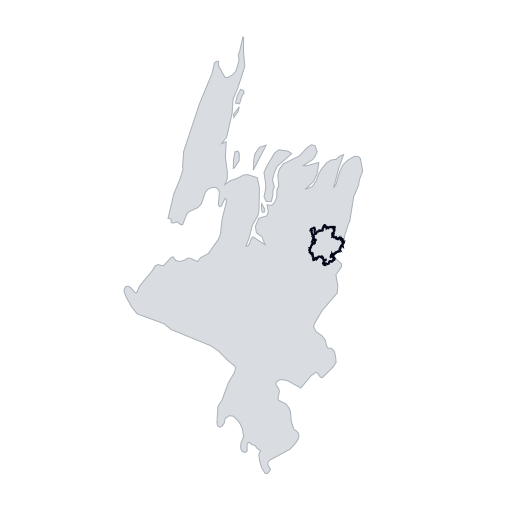 Jessore, Khulna, Bangladesh (highlighted), rotated 204°
{"feature_id": "16705992B28022870637862", "entity_name": "Jessore", "entity_type": "district", "adm_level": 2, "iso_a3": "BGD", "parent_name": "Bangladesh", "parent_adm1": "Khulna", "projection": "equal_earth", "projection_center": [89.196, 23.085], "detail": "fine", "context": "in_parent", "style": "outline", "palette": "ink", "viewbox_px": 512, "rotation_deg": 204, "n_neighbors": 0, "source": "geoboundaries", "source_scale": "gbopen_adm2", "svg_char_len": 9320}
<svg xmlns="http://www.w3.org/2000/svg" viewBox="0 0 512 512"><g transform="rotate(204 256 256)"><path d="M191.0,362.2L190.9,349.9L184.4,325.7L184.7,323.0L183.4,311.4L181.7,304.9L180.9,298.1L184.8,288.2L183.2,286.6L174.6,283.6L173.5,281.0L175.4,271.3L169.1,262.1L166.7,255.3L173.4,233.2L175.1,217.8L174.6,214.9L170.5,211.4L163.3,210.0L158.2,207.2L155.3,202.8L152.7,201.1L149.6,202.4L145.6,200.7L142.3,196.4L139.5,191.2L140.6,185.4L145.9,171.9L147.9,171.5L152.4,174.1L154.1,174.1L157.1,168.8L161.3,153.6L175.9,154.9L179.4,154.4L183.0,153.2L185.0,151.3L186.1,148.8L185.7,146.7L181.2,143.9L179.5,141.7L178.3,135.7L177.0,133.4L168.2,133.0L163.7,130.3L161.2,127.8L156.7,119.5L151.2,113.4L146.0,111.9L144.0,109.9L142.9,106.8L143.5,102.2L146.2,93.5L160.7,74.7L161.1,72.6L160.5,70.2L156.3,67.2L156.0,65.7L157.2,61.7L159.6,61.3L164.6,64.8L169.6,70.6L172.6,75.8L172.7,79.9L176.7,80.7L180.0,82.5L183.4,82.0L185.6,83.0L187.1,82.6L187.6,80.3L184.8,74.3L186.2,71.9L189.5,72.0L191.9,74.2L193.6,78.8L193.9,85.8L197.8,92.3L203.0,96.8L207.0,98.9L211.8,100.4L215.9,99.0L218.0,94.5L217.1,90.5L217.7,86.9L219.4,84.9L222.0,85.1L223.9,87.9L229.6,103.2L228.4,110.0L229.7,128.7L228.3,141.0L229.2,145.7L230.2,146.6L238.7,148.9L251.0,153.8L260.5,155.6L303.2,154.3L312.5,156.7L341.0,154.8L348.8,158.8L357.3,165.2L362.1,169.9L363.0,172.7L362.5,175.0L360.9,176.3L358.0,176.3L351.3,173.2L350.1,174.1L350.1,181.5L344.8,200.1L344.1,205.9L342.2,208.2L336.6,209.4L332.9,220.2L331.3,221.6L327.6,219.2L325.3,219.6L322.4,220.6L319.6,223.1L317.6,226.2L315.3,227.2L307.3,227.1L305.8,232.1L300.6,238.7L297.1,256.2L297.4,261.6L301.9,275.6L305.1,293.7L306.3,295.6L307.8,295.8L307.9,287.4L309.3,286.3L311.2,287.3L315.0,298.5L317.1,301.4L320.5,302.2L324.3,300.5L327.1,297.2L328.2,293.6L327.1,281.4L328.9,276.4L335.4,269.0L336.3,266.7L335.8,254.5L338.2,254.1L341.5,255.1L345.7,252.1L347.0,252.1L348.7,255.2L351.7,254.7L356.3,278.9L356.8,296.1L357.9,305.6L359.5,307.8L364.6,322.1L369.6,372.6L370.4,404.7L372.5,415.6L370.9,418.1L369.3,418.6L367.8,414.7L357.1,406.6L354.6,407.4L351.0,412.1L349.6,416.5L350.2,422.7L351.4,428.8L354.0,432.3L354.2,436.2L357.1,450.7L356.3,450.7L350.5,437.5L343.3,424.6L340.9,401.4L340.7,389.9L335.8,376.4L331.2,353.0L333.1,344.7L329.7,348.3L324.4,334.3L316.1,320.6L313.6,314.5L313.5,308.6L310.0,314.5L305.2,318.7L300.3,325.0L297.0,326.9L286.6,328.0L280.6,319.6L271.9,299.1L270.7,294.4L271.8,282.4L269.8,270.9L269.1,260.9L267.6,261.8L267.0,264.5L267.4,268.8L266.7,272.3L252.3,270.0L258.5,276.0L265.1,277.4L268.6,282.8L268.8,291.7L262.3,297.2L262.9,301.7L266.7,307.2L262.1,308.8L260.9,312.4L260.8,317.6L264.0,325.5L263.5,328.6L269.0,339.0L270.0,344.0L268.7,351.0L257.0,365.2L253.6,375.3L250.7,380.1L247.0,380.9L242.6,376.2L242.5,371.2L243.4,367.3L249.5,357.9L246.2,359.2L236.7,367.0L234.8,360.6L233.6,354.8L233.6,347.6L238.2,336.9L232.9,342.2L231.5,348.9L232.2,356.8L231.5,362.3L229.5,369.6L226.7,374.0L222.2,376.8L220.2,381.1L217.2,384.3L216.1,369.6L212.8,349.8L212.1,354.1L213.8,366.3L213.7,374.3L211.3,380.6L206.3,387.4L202.5,388.4L200.2,387.4L193.1,377.1L192.5,367.5L191.0,362.2ZM278.3,362.4L269.5,364.8L265.0,364.1L273.3,346.3L273.0,338.3L271.7,331.9L267.4,326.7L267.2,322.9L265.2,317.9L264.2,311.9L268.9,310.0L272.8,313.4L274.2,320.2L276.1,325.2L282.7,335.6L282.7,342.0L280.9,357.7L278.3,362.4ZM297.1,356.6L291.8,361.4L293.4,333.3L297.4,343.7L298.5,349.3L297.1,356.6ZM317.6,342.6L315.2,344.6L313.0,342.9L310.2,336.3L311.5,327.9L312.4,326.7L315.8,335.2L317.6,342.6ZM337.8,401.9L334.7,402.2L333.2,400.2L333.9,397.4L333.0,388.3L336.9,387.4L338.4,395.0L337.8,401.9ZM334.2,376.4L332.0,385.5L331.1,381.4L332.6,373.5L334.2,376.4ZM271.2,303.3L272.1,306.2L267.2,302.5L265.9,299.8L268.1,298.4L271.2,303.3Z" fill="#d9dde1" stroke="#a8b0b8" stroke-width="1"/><path d="M201.4,275.8L201.3,276.0L201.3,276.3L201.0,276.5L201.2,277.3L201.1,277.5L200.7,277.7L200.3,277.6L200.4,277.9L200.6,277.9L200.8,278.1L200.7,278.6L200.1,278.9L199.9,278.8L199.6,278.9L199.5,279.2L199.2,279.3L199.0,278.8L198.7,279.8L198.8,280.0L198.9,280.4L198.5,281.1L197.9,281.3L197.0,281.2L196.9,281.6L196.5,281.7L195.8,281.4L195.7,282.2L195.1,282.0L195.0,282.3L194.3,281.9L193.8,281.5L193.9,280.9L193.7,280.7L193.7,280.8L193.0,280.3L192.4,279.9L191.4,280.2L190.8,281.0L190.6,280.7L191.2,280.1L191.7,279.7L191.6,278.7L191.2,278.4L191.1,278.1L191.3,277.7L191.5,277.5L191.8,277.5L192.0,277.0L191.9,276.8L191.7,276.8L191.8,276.5L191.7,276.4L191.4,276.5L191.1,276.7L190.4,276.5L190.5,275.7L190.2,275.7L189.6,275.6L189.5,275.9L189.1,276.0L189.3,276.3L189.6,276.4L189.8,276.8L190.2,276.9L190.1,277.1L189.4,277.4L188.9,277.8L188.7,277.7L187.7,277.7L187.4,277.6L186.7,278.5L186.4,278.6L186.8,279.8L186.5,280.3L186.6,280.5L186.8,280.7L186.8,281.0L186.7,281.3L186.1,281.6L185.9,281.4L185.8,281.5L185.7,281.4L185.6,281.5L185.1,281.4L185.0,281.8L184.5,282.1L184.2,281.9L183.4,282.0L183.6,282.0L183.9,282.2L184.0,282.1L184.2,282.7L184.1,283.1L183.8,283.3L183.8,283.2L183.7,283.2L183.7,283.6L183.9,283.6L184.0,283.9L183.8,284.2L183.2,284.1L182.9,284.3L182.9,285.2L183.3,285.1L183.6,284.8L183.7,285.0L183.7,284.8L184.0,285.0L184.2,285.7L184.1,286.4L184.3,286.4L184.4,286.2L184.5,286.1L184.2,286.0L184.6,286.1L184.9,286.1L184.9,286.5L185.5,286.9L185.8,286.8L186.0,286.5L186.6,286.3L187.0,285.8L187.3,286.3L187.4,286.2L187.1,285.8L187.2,285.6L187.5,285.8L187.4,286.2L187.6,285.8L187.9,286.2L188.2,286.3L187.7,286.2L187.4,286.4L187.4,286.6L187.7,286.7L187.8,287.1L187.7,287.1L187.4,287.7L187.5,287.8L187.3,288.1L187.4,288.5L187.3,288.4L187.2,288.5L187.2,287.8L186.5,287.7L186.3,288.0L186.3,288.5L185.7,288.6L185.6,288.9L185.4,288.8L185.1,289.4L185.1,289.9L184.8,289.8L185.0,290.0L184.9,291.1L184.6,291.0L184.4,291.1L184.3,292.1L183.9,292.0L183.4,293.2L183.0,293.5L182.5,293.3L182.4,293.4L182.6,293.7L181.8,294.0L182.1,294.3L182.1,294.7L181.9,294.8L181.9,295.0L181.7,295.0L181.6,295.4L181.7,295.5L181.4,295.5L181.8,295.8L181.7,296.0L181.8,296.2L182.1,296.3L182.1,297.8L182.6,298.1L182.6,298.3L182.4,298.6L182.4,299.1L182.2,299.0L182.0,299.6L182.1,300.1L182.4,300.2L182.4,300.4L182.2,300.6L180.6,300.1L181.0,300.7L181.4,300.6L181.6,300.8L181.6,301.7L181.9,302.2L181.3,302.7L181.2,303.1L181.1,303.7L181.3,304.7L181.8,304.1L182.1,304.3L182.3,303.9L183.1,304.0L183.0,305.0L182.7,305.2L182.9,305.6L183.7,306.0L183.8,306.3L184.3,305.9L184.2,306.5L184.3,306.7L184.6,306.6L184.8,306.2L185.0,306.4L184.8,306.5L185.1,306.6L185.4,306.5L185.5,306.7L185.7,306.3L185.6,306.2L185.8,306.0L186.2,306.4L186.2,306.6L186.4,306.5L186.6,306.3L186.9,306.1L187.1,306.5L187.2,306.1L187.5,306.1L188.0,306.5L187.8,306.2L188.0,306.1L187.9,305.7L188.0,305.3L187.7,304.8L187.9,304.5L189.2,304.4L189.5,304.9L190.2,305.5L190.5,304.7L190.7,304.8L190.7,305.2L190.9,305.5L191.1,305.2L191.3,305.1L192.0,305.3L192.4,304.9L192.7,305.5L193.5,306.0L193.7,305.9L193.8,305.6L193.8,305.3L193.5,305.0L194.0,304.6L194.0,305.1L194.2,305.5L194.7,305.7L195.6,307.7L195.5,308.1L195.4,308.2L194.3,307.3L194.0,308.0L194.0,308.3L194.7,309.1L194.9,309.5L194.6,310.7L194.7,311.5L195.3,312.5L195.7,312.5L195.8,312.0L195.9,311.9L196.2,312.2L196.4,312.6L196.4,313.6L195.7,313.8L195.6,314.0L195.7,314.4L195.9,314.6L196.7,314.2L196.9,313.2L197.1,313.0L197.5,313.5L197.6,313.3L197.8,313.2L198.3,313.6L198.6,313.5L198.8,313.1L199.1,313.1L199.2,312.9L199.7,312.9L199.9,312.6L200.1,312.6L200.1,312.3L200.4,312.0L200.9,311.9L201.1,311.2L201.3,311.1L201.5,311.3L201.9,311.5L202.0,311.3L201.9,310.8L202.2,310.9L202.4,310.7L202.8,311.0L203.0,310.1L203.4,310.7L204.0,310.8L203.8,311.1L203.3,311.2L203.4,311.4L205.0,311.8L205.0,312.1L204.7,312.3L206.0,312.2L206.2,311.8L206.1,311.5L206.2,311.0L206.1,310.7L206.4,310.4L206.5,310.2L206.3,309.9L205.8,309.7L205.9,309.3L206.2,309.3L206.4,308.9L206.4,308.6L206.1,308.3L206.2,307.9L205.9,307.1L205.5,306.9L205.6,306.2L206.8,305.9L206.9,305.4L207.2,305.2L207.8,305.4L208.4,305.3L208.2,304.9L208.3,304.7L208.6,304.6L208.9,303.7L210.0,303.4L210.1,302.4L210.1,301.2L210.5,300.7L210.5,300.3L211.2,300.1L211.6,300.3L211.8,301.2L212.5,302.3L212.7,303.0L212.8,304.0L213.2,304.7L214.2,305.7L214.6,305.5L214.8,304.6L215.9,304.1L216.8,302.8L216.7,301.9L216.1,302.4L215.5,301.9L215.4,301.0L215.3,300.9L215.2,301.0L215.2,300.7L215.1,300.3L214.7,300.2L214.1,299.7L213.9,299.0L213.7,298.6L213.1,298.2L212.0,298.6L211.7,298.4L211.5,298.0L211.3,297.1L211.1,297.4L210.8,297.1L210.8,296.3L211.3,296.2L210.6,295.8L210.8,294.6L210.7,293.1L210.4,293.6L210.2,293.7L210.0,294.3L209.6,294.8L209.4,295.2L208.5,295.1L208.4,295.2L208.6,295.6L207.8,295.0L208.1,293.6L207.7,292.1L207.5,291.6L208.1,291.2L208.2,291.3L208.2,291.0L208.5,291.1L208.5,291.3L209.0,291.2L209.6,291.3L209.6,290.9L209.0,290.4L209.1,290.1L209.3,290.1L209.3,289.7L209.2,289.8L209.2,289.5L209.5,289.5L209.4,289.0L209.6,288.9L209.8,288.4L209.6,287.9L209.7,286.8L209.6,286.0L209.8,286.2L209.6,285.6L209.4,285.6L209.5,285.3L210.3,285.0L209.9,284.6L209.8,284.3L209.7,283.8L209.9,283.3L209.5,282.7L209.0,282.6L209.1,282.4L208.6,282.2L208.3,281.7L207.9,281.6L207.7,281.3L207.4,281.3L207.5,281.2L207.3,281.2L207.2,280.5L207.0,280.4L206.9,280.4L206.7,280.8L206.4,281.1L206.0,281.6L205.7,281.6L205.7,281.0L205.4,280.3L204.8,280.7L204.7,280.6L204.8,279.9L204.5,278.9L204.2,278.8L204.1,279.3L203.6,278.5L203.3,278.4L202.7,277.8L202.8,277.2L202.6,277.2L202.2,276.8L202.2,276.4L202.4,276.2L202.3,275.9L201.9,275.8L201.8,275.6L201.4,275.8Z" fill="none" stroke="#020617" stroke-width="2"/></g></svg>